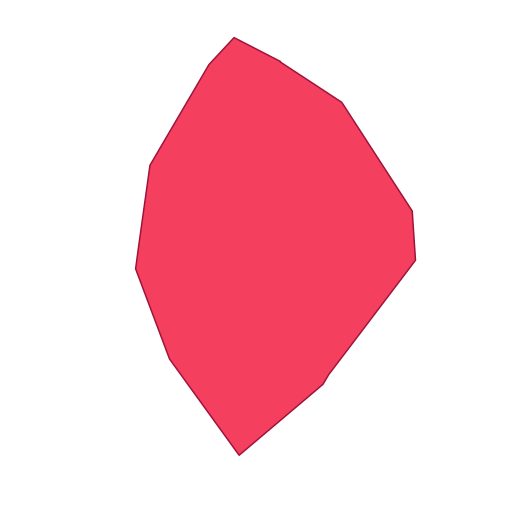 outline of Forestiere, Castries, Saint Lucia, rotated 31°
{"feature_id": "8701671B66587320665101", "entity_name": "Forestiere", "entity_type": "district", "adm_level": 2, "iso_a3": "LCA", "parent_name": "Saint Lucia", "parent_adm1": "Castries", "projection": "natural_earth1", "projection_center": [-60.956, 13.977], "detail": "fine", "context": "isolated", "style": "filled", "palette": "rose", "viewbox_px": 512, "rotation_deg": 31, "n_neighbors": 0, "source": "geoboundaries", "source_scale": "gbopen_adm2", "svg_char_len": 569}
<svg xmlns="http://www.w3.org/2000/svg" viewBox="0 0 512 512"><g transform="rotate(31 256 256)"><path d="M379.5,331.5L379.5,331.1L379.5,328.8L379.4,320.3L384.3,275.4L384.4,274.5L394.6,180.3L394.6,180.1L394.9,177.5L372.1,144.7L366.8,137.0L327.2,117.7L251.2,80.5L250.2,80.1L184.8,77.5L176.9,77.2L176.7,76.7L164.7,77.5L124.8,80.1L124.7,80.4L124.5,81.1L117.1,116.1L118.1,207.0L118.4,232.9L150.4,308.1L159.1,328.3L159.3,328.9L225.2,381.1L234.9,388.8L343.7,435.3L344.2,435.3L377.3,338.0L378.1,335.6L379.5,331.5Z" fill="#f43f5e" stroke="#9f1239" stroke-width="1.5"/></g></svg>